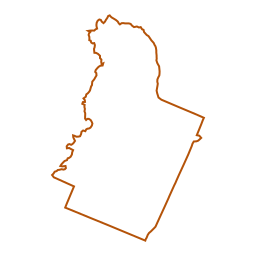 outline of Deodápolis, Mato Grosso do Sul, Brazil
{"feature_id": "56859067B9873916097455", "entity_name": "Deodápolis", "entity_type": "district", "adm_level": 2, "iso_a3": "BRA", "parent_name": "Brazil", "parent_adm1": "Mato Grosso do Sul", "projection": "orthographic", "projection_center": [-54.181, -22.14], "detail": "fine", "context": "isolated", "style": "outline", "palette": "amber", "viewbox_px": 256, "rotation_deg": 0, "n_neighbors": 0, "source": "geoboundaries", "source_scale": "gbopen_adm2", "svg_char_len": 2590}
<svg xmlns="http://www.w3.org/2000/svg" viewBox="0 0 256 256"><path d="M140.7,27.1L139.0,27.5L136.9,26.5L134.0,27.1L132.1,25.7L130.6,23.9L128.8,23.4L127.3,23.4L125.1,23.4L123.3,23.1L121.6,23.2L119.9,24.4L118.8,23.4L117.8,21.6L116.2,20.2L114.8,19.3L113.3,18.4L111.9,17.6L110.7,16.6L109.7,15.4L108.2,16.0L107.3,17.9L105.9,19.9L105.0,21.6L103.5,23.1L101.7,21.6L100.8,19.9L99.3,19.5L97.7,20.7L96.7,22.7L96.4,25.0L96.6,26.7L97.1,28.6L95.6,29.3L94.2,30.6L92.2,30.5L90.1,30.6L88.2,30.9L90.2,32.1L89.1,33.3L88.6,34.9L89.3,36.7L89.4,38.4L89.3,40.2L90.7,40.7L91.2,42.5L92.5,43.4L94.2,43.1L94.9,45.1L94.6,47.3L94.0,48.9L94.2,51.0L94.4,52.8L96.1,52.9L98.0,53.9L100.0,55.8L100.0,58.1L101.4,59.6L101.2,61.9L101.7,64.1L103.2,63.4L102.6,65.5L100.4,65.7L98.6,66.8L97.0,68.5L95.7,70.1L95.2,71.9L96.3,73.1L96.5,75.4L95.6,76.9L94.1,79.5L92.3,81.6L92.1,83.4L92.0,85.0L91.1,86.5L90.5,88.6L90.0,90.4L89.2,91.7L87.8,93.3L86.3,94.4L85.8,96.7L83.5,98.4L84.8,100.1L85.0,101.9L82.9,102.1L82.3,103.8L84.6,104.8L84.4,107.0L84.9,108.9L84.5,111.3L85.2,113.2L85.2,114.8L85.1,116.8L85.1,118.6L86.1,120.0L87.3,118.9L88.9,118.9L90.6,120.0L91.6,121.6L92.4,123.5L91.9,125.5L90.5,127.6L89.0,128.5L87.4,128.7L86.2,129.4L85.3,131.2L83.1,130.5L81.5,131.8L81.1,134.0L80.1,136.2L78.6,136.6L76.4,136.7L74.5,135.8L73.1,135.4L73.3,137.4L74.2,139.3L75.0,140.9L73.8,142.7L72.4,144.1L71.1,144.8L69.5,144.1L68.1,144.5L66.7,146.3L66.9,148.3L69.2,148.0L70.7,148.9L73.1,150.1L72.2,152.3L71.9,154.5L70.6,156.8L69.1,157.9L67.7,158.3L67.0,160.1L64.6,161.0L63.2,162.4L61.4,164.4L60.4,166.0L62.4,166.4L65.5,166.0L65.9,168.1L64.9,169.2L63.5,169.6L61.6,169.2L59.4,169.8L57.8,170.0L56.6,171.1L54.7,171.7L53.5,173.6L52.1,175.0L53.8,177.3L74.0,186.4L66.5,204.3L65.2,207.6L93.0,219.0L109.2,225.6L145.3,240.6L145.8,239.0L146.6,237.8L147.7,235.0L149.0,233.0L150.9,231.4L152.7,229.6L154.1,228.2L155.5,226.7L160.0,216.8L164.7,206.6L168.5,198.2L169.2,196.5L174.2,185.4L175.4,183.0L176.5,180.4L178.9,175.0L183.6,164.8L188.3,154.4L189.9,150.5L191.7,146.2L192.5,143.7L193.8,141.5L196.5,141.3L198.1,140.7L199.6,139.4L201.2,137.9L199.3,135.7L196.8,135.2L201.2,124.4L202.8,120.2L203.9,117.8L195.0,113.9L178.3,106.9L161.4,99.7L158.5,97.5L157.8,95.2L157.2,93.3L156.6,90.6L157.0,88.4L157.4,86.2L157.8,83.7L157.3,81.8L157.4,79.5L158.3,77.3L159.3,75.5L159.5,73.9L159.6,71.3L159.1,66.3L157.4,63.3L156.9,61.9L156.4,60.3L156.7,58.7L156.6,57.1L156.6,55.6L156.3,52.5L156.3,50.3L155.9,47.7L155.4,46.2L154.5,44.8L153.8,43.1L152.7,41.8L151.4,40.4L149.6,37.7L148.5,36.1L146.7,35.0L144.1,32.1L143.5,29.8L142.1,29.3L140.7,27.1Z" fill="none" stroke="#b45309" stroke-width="2"/></svg>